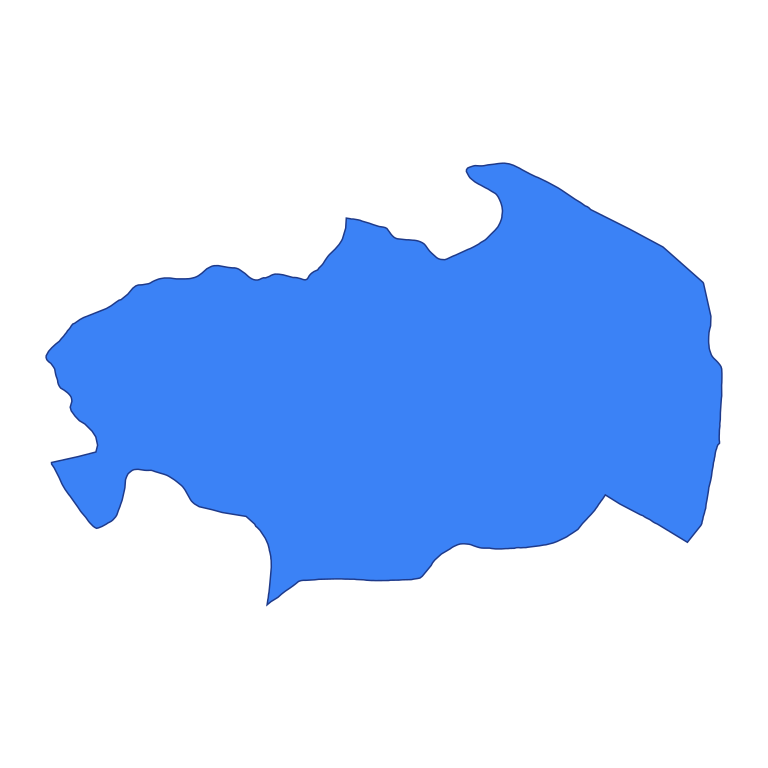 Qa'tabah, Al Dali', Yemen
{"feature_id": "15242507B41801613427967", "entity_name": "Qa'tabah", "entity_type": "district", "adm_level": 2, "iso_a3": "YEM", "parent_name": "Yemen", "parent_adm1": "Al Dali'", "projection": "albers", "projection_center": [44.626, 13.929], "detail": "fine", "context": "isolated", "style": "filled", "palette": "blue", "viewbox_px": 768, "rotation_deg": 0, "n_neighbors": 0, "source": "geoboundaries", "source_scale": "gbopen_adm2", "svg_char_len": 6060}
<svg xmlns="http://www.w3.org/2000/svg" viewBox="0 0 768 768"><path d="M72.8,324.0L71.4,325.7L70.4,327.4L69.1,329.1L67.5,330.8L66.5,332.5L65.0,334.3L63.7,336.1L61.2,338.8L59.4,341.2L55.7,344.1L51.9,347.6L48.6,351.3L46.2,355.7L46.1,357.6L46.8,359.7L48.6,361.7L50.9,363.4L53.5,367.0L54.7,369.0L55.3,372.5L55.7,374.5L56.3,376.6L57.0,378.4L57.6,380.4L57.8,382.3L58.4,384.4L59.5,386.5L60.7,388.1L64.2,390.2L67.6,392.8L69.0,394.2L70.2,395.6L71.2,397.3L71.7,399.4L71.9,401.3L70.2,407.2L71.2,410.8L75.1,416.2L79.4,420.7L84.9,424.0L92.1,431.2L95.8,436.9L97.6,445.2L95.9,452.0L78.1,456.6L51.5,462.5L51.6,464.1L54.2,467.9L54.8,469.1L59.2,477.7L61.8,483.6L62.7,485.3L64.0,487.5L65.1,489.4L68.8,494.6L70.0,496.0L73.8,501.4L78.0,507.3L80.3,510.8L81.5,512.4L85.8,517.4L88.4,521.1L89.6,522.6L93.0,526.1L94.6,527.3L96.5,528.3L98.4,527.9L102.1,526.4L106.3,524.1L107.9,523.0L109.7,522.1L111.3,521.2L112.8,520.0L114.2,518.5L115.7,516.8L116.9,514.8L118.4,510.4L120.0,506.4L120.6,504.4L121.5,502.0L122.2,499.9L124.5,489.7L124.9,487.6L125.5,479.8L126.3,477.5L127.1,475.6L128.2,473.6L130.7,471.5L132.3,470.3L134.1,469.6L136.1,469.4L138.1,469.3L144.9,470.3L146.8,470.4L151.2,470.3L153.0,470.8L154.8,471.5L158.5,472.6L160.4,473.2L164.2,474.3L166.7,475.2L168.5,476.1L170.3,477.2L174.5,479.9L177.6,482.3L181.0,485.1L182.5,486.5L183.8,488.2L185.0,489.9L189.5,497.9L190.4,499.5L191.5,501.1L192.9,502.5L194.5,503.9L199.2,506.7L212.1,509.7L222.3,512.5L246.1,516.4L254.7,524.1L255.8,526.3L257.2,527.4L260.0,530.3L265.2,538.1L266.2,540.2L268.0,544.3L269.1,548.5L269.4,550.5L270.0,552.6L270.8,556.6L270.9,558.6L271.2,560.5L271.3,567.3L270.3,578.8L269.9,583.3L269.0,592.3L268.6,594.2L268.2,598.0L267.8,599.9L267.1,604.8L271.0,601.6L278.0,597.3L281.4,594.2L285.4,591.1L290.3,587.8L295.2,584.2L298.6,581.4L301.0,580.6L303.3,580.3L306.0,580.3L314.7,579.8L318.7,579.3L336.2,578.9L341.0,578.9L345.0,579.1L347.9,579.1L349.8,579.2L354.2,579.2L356.5,579.5L363.6,579.8L366.4,580.2L371.3,580.5L373.6,580.5L375.5,580.6L388.6,580.5L390.5,580.2L398.9,580.1L402.5,579.8L411.5,579.6L413.6,579.1L417.7,578.5L420.0,578.0L422.3,576.2L431.2,565.4L432.5,562.9L434.8,560.0L441.4,554.0L450.2,548.8L451.8,547.6L453.7,546.5L457.7,544.7L460.1,544.0L462.5,543.8L464.5,543.8L468.9,544.2L471.0,544.7L473.5,545.7L477.3,547.0L479.5,547.6L481.5,548.0L483.7,548.1L489.5,548.1L491.7,548.5L495.5,548.9L501.7,548.9L505.8,548.6L507.9,548.6L509.8,548.4L514.3,548.3L516.4,547.7L518.5,547.6L520.7,547.8L523.5,547.6L525.9,547.6L527.9,547.2L539.4,545.8L543.8,545.0L545.9,544.8L553.3,542.9L557.0,541.5L565.2,537.6L567.1,536.6L568.9,535.3L572.7,532.9L577.9,529.4L582.5,523.5L586.8,519.0L588.0,517.6L590.9,514.6L594.7,510.3L595.8,508.6L597.4,506.5L598.5,504.6L599.8,502.9L601.0,501.1L602.2,499.6L604.5,496.2L605.3,494.9L619.9,504.0L640.3,514.7L643.2,515.8L644.3,516.7L646.2,517.8L649.9,519.6L653.1,521.9L654.8,522.9L657.3,524.0L687.4,542.3L700.9,525.4L701.8,523.6L702.1,521.7L702.8,519.3L703.2,516.9L704.4,513.1L704.9,510.8L705.7,508.3L706.1,504.2L707.0,499.6L708.2,492.4L708.6,489.7L708.8,487.7L710.6,480.7L711.5,476.1L712.1,471.1L713.0,466.5L713.5,462.5L714.1,460.4L714.4,458.3L714.9,456.2L715.1,454.4L715.4,452.5L715.9,450.4L716.6,448.6L717.1,446.7L717.9,444.8L719.5,443.3L719.5,441.7L719.2,439.7L719.2,435.8L719.3,433.9L719.4,429.9L719.9,425.9L719.8,423.8L720.3,419.5L720.4,412.7L721.1,402.0L721.4,398.2L721.7,396.0L721.6,385.1L721.8,382.7L721.9,377.9L721.9,373.6L721.7,369.0L721.0,366.6L719.8,364.7L717.9,362.4L716.5,360.9L713.6,358.1L712.3,356.5L711.3,354.8L710.5,352.5L709.7,350.2L709.2,348.2L709.0,345.7L708.7,343.3L708.6,341.2L708.7,336.7L709.0,332.5L709.8,328.7L710.6,325.9L710.9,316.3L703.5,283.3L702.9,282.3L663.0,247.0L629.4,229.0L590.7,209.6L588.8,207.7L587.1,206.6L585.2,205.9L581.2,203.0L575.3,199.4L562.0,190.4L558.1,187.9L553.9,185.6L547.8,182.3L539.8,178.4L537.9,177.5L535.7,176.7L529.9,173.9L522.0,169.7L519.5,168.2L517.4,167.2L513.5,165.3L511.4,164.6L509.3,163.9L504.6,163.2L502.8,163.2L500.1,163.4L498.0,163.6L494.1,164.2L487.9,164.9L483.9,165.7L481.9,165.9L479.9,165.9L475.1,165.6L473.2,166.0L469.3,167.3L467.6,168.1L466.5,169.7L466.4,171.6L468.7,175.9L469.9,177.7L471.2,178.9L474.9,181.9L478.6,184.1L480.5,185.0L485.5,187.8L488.0,189.0L491.6,191.3L495.4,193.5L496.7,194.8L498.0,196.6L499.1,198.7L500.7,202.3L501.3,204.2L502.0,206.7L502.5,210.9L502.3,213.1L502.0,215.1L501.9,217.1L501.4,219.2L500.7,221.1L499.9,223.1L497.9,226.9L494.9,230.4L491.2,234.0L486.5,238.8L484.8,240.2L480.8,242.5L478.7,244.1L474.0,246.7L470.2,248.6L468.0,249.4L455.6,255.1L453.0,256.1L446.9,259.0L444.8,259.7L440.6,259.4L438.4,258.7L436.6,257.6L431.4,252.9L429.7,251.2L428.0,249.0L425.6,245.6L424.3,244.1L422.6,242.9L420.6,241.9L418.5,241.1L416.5,240.6L414.5,240.3L412.6,240.2L410.7,240.0L408.5,239.8L406.6,239.8L402.1,239.3L397.4,238.8L395.6,238.2L393.9,237.2L392.2,235.6L391.0,234.2L386.9,228.5L385.2,227.6L383.2,227.1L379.1,226.5L373.4,224.7L369.2,223.2L362.0,221.1L360.1,220.3L357.9,219.8L353.1,219.0L351.1,219.0L350.2,218.7L346.3,218.1L345.7,228.1L342.5,238.8L341.5,240.8L339.1,244.5L335.1,249.1L329.4,254.6L327.8,256.5L325.4,259.9L323.1,263.6L321.8,265.2L318.8,268.2L317.7,269.9L314.1,271.5L312.0,272.9L310.5,274.2L309.1,275.9L308.1,277.8L306.9,279.3L305.1,279.9L303.0,279.5L300.8,278.7L296.9,277.7L294.9,277.5L293.0,277.5L283.0,274.8L278.8,274.2L275.0,274.1L273.0,274.6L271.2,275.3L269.4,276.4L265.5,277.9L263.5,277.8L261.7,278.4L259.5,279.5L257.7,280.0L255.6,280.0L253.6,279.6L251.8,278.8L250.1,277.8L248.6,276.7L245.1,273.5L240.1,270.0L238.5,269.0L236.6,268.3L234.7,267.9L232.6,267.9L228.1,267.4L218.2,265.6L214.2,265.7L212.2,266.1L210.4,266.9L208.5,267.9L206.8,268.8L202.0,273.1L198.6,275.6L197.0,276.5L194.9,277.4L193.0,277.9L190.9,278.4L188.9,278.7L184.9,278.9L178.6,278.9L176.5,278.9L172.6,278.4L170.7,278.1L168.8,278.0L164.4,278.0L160.6,278.6L158.5,279.1L154.7,280.6L152.4,281.7L150.5,282.9L148.6,283.7L142.1,284.8L138.3,285.0L135.8,285.9L132.8,288.2L127.8,294.2L121.0,299.7L119.0,300.2L115.9,302.3L110.8,306.0L106.0,308.7L83.5,317.6L80.0,319.5L74.6,323.3L72.8,324.0Z" fill="#3b82f6" stroke="#1e3a8a" stroke-width="1.5"/></svg>